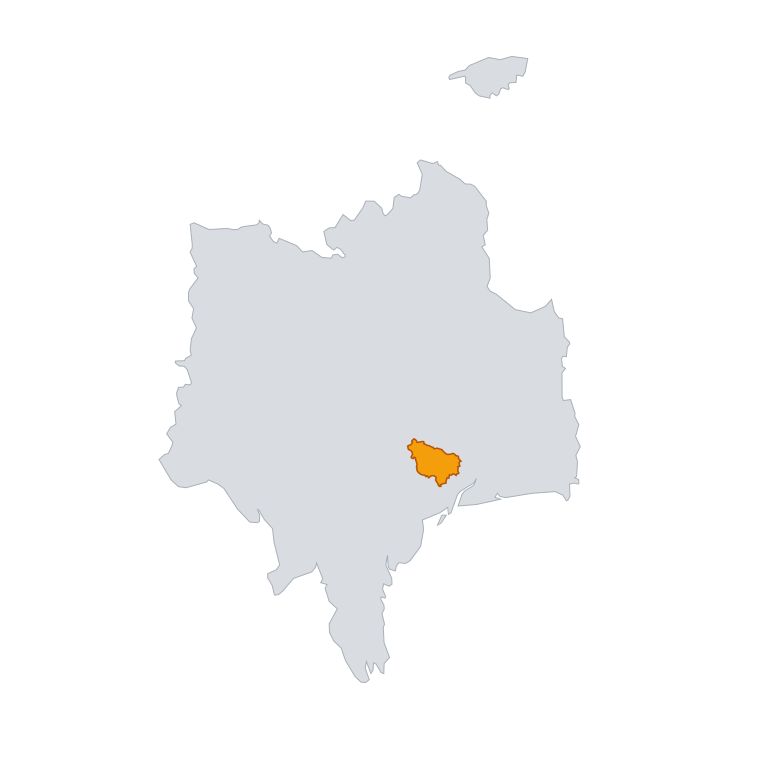 France, with Charente highlighted, rotated 252°
{"feature_id": "FRA-5277", "entity_name": "Charente", "entity_type": "Metropolitan department", "adm_level": 1, "iso_a3": "FRA", "parent_name": "France", "parent_adm1": "", "projection": "natural_earth1", "projection_center": [0.293, 45.665], "detail": "fine", "context": "in_parent", "style": "filled", "palette": "amber", "viewbox_px": 768, "rotation_deg": 252, "n_neighbors": 0, "source": "natural_earth", "source_scale": "10m", "svg_char_len": 6055}
<svg xmlns="http://www.w3.org/2000/svg" viewBox="0 0 768 768"><g transform="rotate(252 384 384)"><path d="M578.2,316.0L573.6,318.2L570.9,322.7L568.0,323.8L562.6,323.8L560.0,321.0L553.6,322.8L551.1,325.7L555.0,329.2L542.7,343.6L534.7,347.4L533.2,356.8L523.7,363.9L520.4,371.4L520.1,372.8L522.6,375.3L521.7,380.1L516.9,383.3L517.0,386.4L518.4,386.8L525.7,384.3L528.5,381.4L526.9,377.5L534.3,372.7L547.7,373.9L549.4,380.3L547.8,385.7L557.8,397.4L549.6,402.9L549.1,406.5L558.1,418.3L563.6,423.2L560.9,431.1L551.9,436.2L546.1,435.8L543.6,437.0L544.0,439.5L548.2,446.7L558.2,451.3L559.8,456.8L557.1,458.7L552.8,466.9L554.8,471.0L554.1,472.7L555.2,475.5L557.9,478.2L571.7,485.2L584.1,483.9L585.8,487.9L578.5,498.7L579.1,503.5L575.2,503.6L574.6,505.3L567.0,508.8L555.0,519.7L549.3,522.9L547.1,528.5L543.7,531.5L526.1,537.8L522.7,536.4L514.1,536.5L508.6,532.6L498.2,530.1L494.7,524.3L485.0,523.3L484.4,519.4L470.9,522.9L451.8,517.7L445.0,512.1L439.5,513.6L434.6,518.6L414.2,531.8L406.3,545.6L408.0,561.6L412.8,569.5L400.2,568.3L392.8,570.6L390.8,574.0L373.1,570.0L366.5,573.4L364.7,573.1L362.4,569.7L353.6,565.9L355.0,563.3L353.8,560.9L345.6,559.0L342.7,561.4L339.6,556.7L316.7,549.4L312.9,549.5L311.5,556.7L296.7,556.6L294.6,555.3L285.1,556.7L275.0,550.0L263.7,551.3L256.8,544.4L250.1,543.9L240.7,540.3L236.4,538.4L235.8,536.4L233.1,539.5L229.5,538.8L228.8,537.9L231.1,534.0L231.5,529.5L219.8,526.2L216.7,523.0L216.6,521.3L223.0,519.8L228.8,513.5L234.3,491.0L238.4,464.5L241.3,459.5L245.0,458.1L242.1,454.4L238.4,459.2L240.8,434.9L245.1,416.7L254.9,424.1L257.2,427.4L260.0,438.2L265.6,442.8L262.0,438.4L258.5,424.0L256.3,419.9L240.7,407.8L240.1,405.0L247.0,406.5L244.3,397.4L242.8,378.5L233.3,376.7L218.2,368.6L207.8,354.2L206.7,348.8L209.5,343.1L207.1,339.5L202.7,337.0L206.2,332.1L209.3,331.6L220.2,334.4L211.3,329.8L196.8,331.3L191.1,329.7L190.1,326.3L194.1,321.9L189.3,319.2L181.0,319.9L180.0,318.7L182.5,315.6L180.4,314.4L173.6,315.6L169.8,314.6L166.3,311.1L155.4,310.3L153.0,308.2L138.0,304.1L122.3,304.8L118.0,297.7L108.6,294.3L110.5,292.0L120.1,289.9L122.0,287.9L115.1,285.0L112.7,282.1L125.5,281.5L119.8,278.3L107.4,278.6L105.8,274.3L107.5,270.0L114.8,266.1L132.8,261.9L145.9,261.7L155.2,256.8L164.4,255.4L173.0,257.8L184.6,270.1L194.1,264.7L208.0,264.9L210.9,267.9L214.6,262.4L217.7,265.6L234.7,264.5L230.8,262.3L227.6,257.1L227.1,237.9L218.5,224.0L216.4,218.9L217.0,214.6L227.1,215.4L235.5,213.5L239.6,214.8L240.5,223.8L244.0,228.9L267.4,230.5L280.9,233.3L292.2,228.3L302.9,226.0L303.7,224.8L297.6,225.3L292.0,223.1L291.2,220.7L294.2,213.7L310.4,206.0L334.1,199.5L340.2,195.1L347.1,187.2L345.6,185.2L346.5,163.8L349.9,156.8L358.9,151.8L381.8,146.7L384.7,153.5L384.6,157.3L390.8,163.3L393.8,165.2L403.8,161.9L408.7,167.5L410.2,173.8L422.4,176.4L426.0,184.7L428.2,182.9L435.8,183.2L439.4,183.9L444.3,187.5L443.0,192.5L445.1,194.9L443.1,199.4L444.7,201.3L458.6,201.3L462.7,199.3L464.5,194.7L468.7,192.0L470.3,192.8L467.8,201.3L469.8,203.5L470.9,209.6L476.2,210.1L486.6,214.9L495.4,223.0L506.0,221.7L514.5,226.2L523.2,223.8L531.4,226.3L534.4,228.6L542.3,239.9L548.2,237.7L552.4,239.0L553.8,242.2L569.4,240.3L572.4,243.5L575.7,244.7L595.7,249.0L596.0,253.2L585.0,265.3L580.5,282.6L577.3,288.6L576.2,293.1L577.3,296.1L576.8,300.8L574.7,312.1L576.2,315.3L578.2,316.0ZM658.3,551.0L657.5,558.3L660.5,563.5L662.2,584.4L656.6,594.5L656.0,606.8L649.1,621.3L637.4,614.8L633.8,611.3L636.8,605.7L630.0,602.7L631.5,597.3L630.7,594.6L626.0,594.3L625.7,592.9L629.0,588.7L628.8,586.1L624.3,582.9L623.3,580.0L627.5,576.8L625.5,573.9L623.1,573.1L628.6,563.6L632.5,560.8L641.4,558.1L645.0,554.6L650.9,556.5L651.9,555.6L653.3,540.5L655.3,540.3L657.3,542.3L658.3,551.0ZM241.4,398.5L240.0,402.8L234.1,395.4L233.3,391.3L241.4,398.5Z" fill="#d9dde1" stroke="#a8b0b8" stroke-width="1"/><path d="M279.0,404.8L280.2,404.1L281.3,402.9L281.9,402.0L282.1,401.3L282.1,400.6L281.0,397.6L281.0,397.4L281.9,397.3L283.0,396.9L283.5,396.3L282.9,395.3L283.8,395.0L284.5,394.6L285.0,394.0L285.3,393.1L286.5,391.3L288.3,389.9L290.3,388.9L292.1,388.7L292.8,388.9L293.2,389.3L293.7,389.5L294.5,389.1L295.4,389.4L297.2,390.5L297.9,390.7L302.4,390.7L303.9,391.2L304.5,390.9L305.0,389.8L304.0,389.1L304.4,388.1L304.8,387.7L305.1,387.4L305.7,387.2L306.2,387.3L306.6,387.6L306.9,388.1L308.2,389.3L310.0,389.7L311.8,389.3L313.1,388.2L313.8,387.4L314.2,387.1L314.6,387.0L317.6,387.3L317.9,388.6L318.0,389.0L318.0,389.3L317.9,389.9L317.9,390.2L318.0,390.5L318.1,390.8L318.2,391.2L319.6,392.8L319.9,393.0L320.2,393.0L320.7,392.7L321.0,392.7L321.3,392.9L321.5,393.3L322.5,395.1L322.5,395.5L322.3,395.9L321.7,396.4L321.2,396.8L320.7,397.0L320.3,397.2L319.9,397.3L319.5,397.4L318.7,397.3L318.4,397.4L318.1,397.6L318.0,398.1L318.0,398.9L318.0,399.2L317.9,399.5L317.8,400.0L317.7,400.3L317.5,402.4L317.3,403.1L317.2,403.5L316.8,403.9L315.9,404.0L315.6,403.8L314.9,403.5L314.6,403.5L314.3,403.7L314.0,404.4L313.8,404.8L313.3,405.3L312.6,405.8L312.3,406.0L311.4,408.0L310.1,409.1L309.4,409.9L308.7,411.0L308.3,411.3L307.9,411.4L307.5,411.3L307.1,411.5L306.8,411.7L306.7,412.0L306.7,412.3L306.7,413.4L306.7,413.8L306.6,414.3L306.4,415.0L306.1,415.4L305.2,416.5L304.0,418.3L303.6,418.8L303.3,419.1L303.0,419.1L302.7,419.0L301.9,419.3L298.0,421.8L297.7,422.1L297.5,422.4L297.3,423.0L296.8,424.9L296.7,425.5L296.6,426.1L296.8,427.5L296.7,427.9L296.5,428.4L296.1,428.9L295.4,429.5L294.8,429.7L293.8,430.1L293.5,430.3L293.4,430.5L293.0,431.5L292.7,431.9L292.4,432.1L292.0,432.3L291.7,432.3L291.3,432.3L290.7,432.0L290.4,431.9L290.0,431.9L289.7,432.0L286.8,433.4L286.6,431.7L285.4,430.9L282.4,430.7L282.6,428.6L281.3,428.6L278.6,427.3L277.2,427.5L276.6,427.7L276.1,427.6L275.8,427.2L275.8,426.4L275.9,426.0L276.0,425.8L276.0,425.6L275.8,425.1L274.8,424.3L276.3,423.2L276.9,422.4L277.2,421.5L276.5,419.7L276.6,419.4L277.4,418.1L274.4,416.6L274.7,416.3L275.1,415.5L275.4,415.1L271.9,412.7L270.6,412.4L270.6,411.8L271.0,410.1L270.7,407.4L270.8,406.4L269.1,406.5L269.4,405.3L270.1,404.7L270.9,404.4L273.1,404.3L276.4,403.4L277.3,403.6L278.1,404.4L279.0,404.8Z" fill="#f59e0b" stroke="#b45309" stroke-width="1.5"/></g></svg>